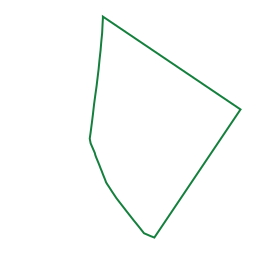 outline of 97, Ar Rayyān, Qatar, rotated 34°
{"feature_id": "91078587B85294401922232", "entity_name": "97", "entity_type": "district", "adm_level": 2, "iso_a3": "QAT", "parent_name": "Qatar", "parent_adm1": "Ar Rayyān", "projection": "albers", "projection_center": [50.974, 24.595], "detail": "fine", "context": "isolated", "style": "outline", "palette": "green", "viewbox_px": 256, "rotation_deg": 34, "n_neighbors": 0, "source": "geoboundaries", "source_scale": "gbopen_adm2", "svg_char_len": 690}
<svg xmlns="http://www.w3.org/2000/svg" viewBox="0 0 256 256"><g transform="rotate(34 128 128)"><path d="M44.9,49.7L45.6,50.7L49.5,57.2L53.5,63.8L57.6,71.4L61.8,78.9L66.1,87.1L70.7,95.6L74.6,103.2L78.5,110.8L82.5,119.0L86.6,127.3L91.4,136.5L95.5,144.6L99.7,153.0L102.2,158.2L105.6,161.6L114.5,167.3L115.9,168.6L118.1,170.2L122.2,172.9L125.3,175.0L128.0,176.9L130.3,178.4L133.1,180.4L138.0,183.7L140.2,185.3L142.6,186.4L145.1,187.4L150.9,189.9L157.5,192.6L162.3,194.2L166.9,195.7L173.2,197.8L184.7,201.5L188.4,202.6L192.0,203.7L196.7,205.2L200.1,206.3L208.1,204.8L208.7,204.6L211.1,204.1L211.0,136.2L210.9,49.9L210.9,49.7L44.9,49.7Z" fill="none" stroke="#15803d" stroke-width="2"/></g></svg>